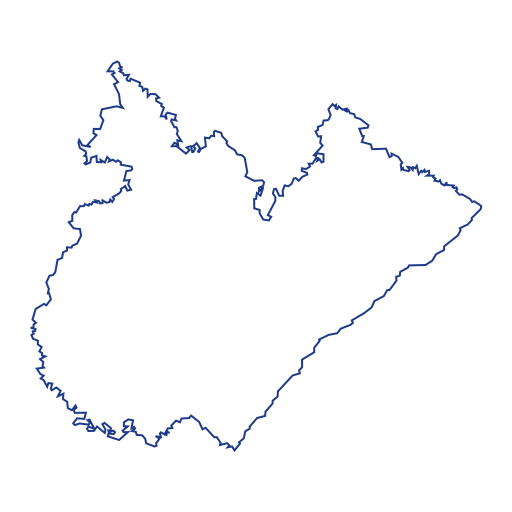 outline of O.R.Tambo, Eastern Cape, South Africa
{"feature_id": "47623444B2401151093158", "entity_name": "O.R.Tambo", "entity_type": "district", "adm_level": 2, "iso_a3": "ZAF", "parent_name": "South Africa", "parent_adm1": "Eastern Cape", "projection": "albers", "projection_center": [29.004, -31.416], "detail": "fine", "context": "isolated", "style": "outline", "palette": "blue", "viewbox_px": 512, "rotation_deg": 0, "n_neighbors": 0, "source": "geoboundaries", "source_scale": "gbopen_adm2", "svg_char_len": 5976}
<svg xmlns="http://www.w3.org/2000/svg" viewBox="0 0 512 512"><path d="M117.1,61.6L112.9,63.6L107.6,71.3L113.3,71.4L114.5,73.0L111.9,74.5L118.0,82.1L114.1,84.2L119.0,94.1L120.2,104.2L122.8,107.9L116.6,106.3L101.9,109.3L100.3,115.7L103.4,120.2L100.1,129.1L93.8,128.9L93.4,133.3L96.5,135.1L87.4,145.1L90.7,147.0L82.2,145.3L79.2,139.9L78.4,142.4L79.8,147.9L85.7,151.5L86.2,153.8L84.3,155.8L86.4,156.4L87.0,161.2L84.5,163.3L85.7,164.4L90.3,162.5L91.2,157.7L96.5,155.9L96.8,162.0L101.2,162.3L100.6,159.9L104.8,162.5L107.2,157.0L109.8,159.5L109.0,161.4L112.9,159.7L116.0,161.8L117.7,160.3L120.9,162.3L120.7,164.7L131.5,166.6L132.3,168.9L130.9,170.5L126.4,171.0L124.0,180.6L129.5,180.1L128.2,184.4L131.1,189.7L127.3,190.6L125.2,186.0L120.8,189.1L121.2,191.1L119.0,193.5L112.7,197.1L114.1,199.0L112.2,201.9L110.3,199.5L109.4,202.0L106.4,202.7L102.6,200.4L102.5,203.1L100.0,203.4L98.9,201.1L95.4,200.4L96.7,202.5L93.0,201.7L91.5,204.6L89.3,203.9L88.7,205.6L84.8,204.1L83.9,206.1L80.0,206.2L76.1,212.5L74.4,212.0L72.2,215.2L72.4,220.8L68.8,222.2L73.6,228.3L80.0,229.1L81.0,235.8L77.1,243.6L72.3,245.7L71.6,247.6L66.9,247.3L67.1,250.5L63.0,252.3L62.1,257.9L57.5,259.9L55.3,272.0L53.0,275.0L49.5,275.7L46.3,282.5L48.9,289.0L47.8,293.3L49.1,293.2L50.9,299.3L46.3,305.3L44.0,303.9L35.6,309.0L32.5,319.6L36.0,322.8L33.7,324.3L33.5,327.3L30.7,327.9L35.5,329.0L35.2,330.9L32.8,331.4L33.7,333.8L31.4,335.0L33.1,338.8L37.9,340.7L37.8,344.4L41.6,347.0L39.4,351.4L42.0,353.0L42.0,355.4L45.3,356.4L40.1,359.1L43.3,362.0L42.6,366.1L44.0,367.6L36.8,368.6L40.2,373.9L43.6,375.7L40.7,378.5L43.6,380.1L47.2,386.7L48.4,383.1L52.3,383.6L50.8,388.6L51.8,390.3L56.3,387.5L60.6,390.8L57.9,396.3L63.4,393.7L63.0,399.1L67.2,401.8L67.8,408.1L71.9,410.2L75.5,405.5L76.5,407.7L73.7,410.1L74.8,412.9L85.9,412.7L84.3,418.9L77.1,418.3L73.2,423.4L74.8,425.1L79.6,423.5L88.8,424.6L90.0,422.6L87.5,420.2L89.6,419.6L94.1,428.6L88.3,426.6L87.0,428.8L88.4,431.0L93.9,430.9L97.0,426.5L104.8,432.9L105.5,429.6L102.4,424.2L104.5,422.9L111.0,428.2L110.5,430.6L108.3,430.5L108.8,432.2L113.3,430.6L115.0,432.1L113.7,434.1L108.6,433.5L107.8,436.3L119.1,440.0L127.9,432.1L123.7,432.2L122.6,430.7L127.7,426.4L123.9,426.2L123.9,422.3L128.3,419.4L133.0,420.3L131.5,428.5L134.1,427.0L135.1,428.5L132.0,431.1L135.8,431.8L136.7,434.9L142.2,435.3L145.2,438.8L146.2,443.3L154.6,446.5L156.6,445.7L156.1,443.3L159.5,438.6L155.6,436.2L161.0,437.1L159.9,433.5L161.0,432.3L164.3,434.4L165.4,432.6L166.4,435.8L166.9,431.8L169.6,433.0L166.3,431.1L167.8,428.5L172.3,428.0L171.3,425.5L176.2,420.6L179.9,422.3L181.5,418.5L189.2,418.0L191.1,415.6L199.1,421.9L202.5,429.2L205.6,427.8L214.2,437.2L216.9,437.2L220.6,442.9L220.0,445.0L227.3,443.2L229.3,445.5L227.8,447.3L232.0,446.4L234.5,450.4L240.0,443.6L239.0,442.4L243.8,438.3L245.3,431.3L249.7,428.7L249.7,426.6L257.1,418.0L265.1,415.9L265.5,411.7L272.5,403.6L272.7,400.6L277.6,396.7L277.9,391.4L292.6,375.5L299.8,373.3L299.1,370.4L302.1,367.3L302.1,359.6L314.1,352.3L314.2,347.8L319.7,340.8L319.1,339.5L328.6,334.9L337.3,333.2L340.7,328.7L350.7,324.8L352.9,322.7L351.8,320.4L364.2,313.1L371.6,307.4L374.4,301.1L383.9,296.0L387.2,290.2L389.6,289.9L396.5,280.6L396.2,276.8L399.8,275.6L400.2,271.8L407.8,267.7L409.1,265.4L425.5,265.0L432.2,260.7L436.2,254.1L444.1,250.0L444.1,246.4L457.8,235.5L460.6,230.3L459.8,228.2L467.6,224.6L471.9,220.0L471.6,218.1L480.7,209.1L481.3,206.2L479.2,204.5L474.2,201.3L472.1,201.9L470.1,199.0L462.2,194.4L459.4,194.7L455.8,190.8L457.2,189.4L456.5,187.4L454.1,188.1L452.6,187.3L453.7,185.6L446.4,184.9L446.7,182.3L444.5,185.4L441.2,183.6L440.0,180.2L438.7,181.5L434.5,180.7L435.6,178.6L433.1,177.3L433.7,175.7L426.9,175.7L429.2,174.1L429.0,170.8L424.9,171.9L424.5,169.9L422.3,172.2L421.2,170.8L418.7,174.1L416.8,165.8L415.3,168.2L413.1,167.2L412.7,169.9L410.8,167.4L407.6,166.9L409.7,170.0L408.6,171.2L403.4,169.9L402.9,168.0L401.4,169.6L400.7,164.5L402.3,162.9L398.4,157.0L391.6,153.6L391.6,156.1L389.5,157.1L386.0,148.7L372.2,149.2L370.8,144.4L361.8,142.0L363.8,136.1L362.2,136.0L359.3,128.7L367.7,127.7L368.5,125.4L360.3,119.0L355.3,117.4L354.1,114.1L350.0,113.2L348.5,110.2L347.0,111.6L345.1,110.5L347.6,108.3L342.4,109.7L338.7,106.3L337.4,109.0L335.7,108.2L336.0,104.9L334.4,106.0L332.6,104.1L328.4,109.2L330.6,115.0L329.4,118.2L327.8,120.2L323.6,120.5L322.6,125.0L317.8,127.0L318.1,129.8L315.5,131.4L318.1,136.5L321.1,136.2L320.2,142.8L322.6,145.6L313.9,155.3L315.9,155.9L316.7,153.3L323.5,154.2L323.5,161.7L321.5,162.4L319.7,159.2L317.2,160.8L318.1,158.1L316.3,157.6L312.5,163.7L308.7,163.7L310.1,166.4L306.2,169.0L301.9,168.3L301.7,170.8L306.9,172.8L307.3,174.6L302.3,176.8L298.7,180.8L295.8,178.1L293.8,178.5L291.6,183.9L288.2,186.3L284.7,185.4L282.7,190.8L283.1,195.8L279.2,195.7L276.0,188.8L274.0,189.1L272.9,193.5L275.4,197.1L275.3,201.0L267.8,215.1L271.2,216.8L268.9,220.4L263.3,219.6L259.7,213.4L259.6,209.9L254.3,208.4L254.1,199.1L256.0,198.9L256.9,193.0L260.5,195.6L263.3,187.2L258.9,191.6L259.1,187.7L263.2,185.8L264.1,182.2L262.1,180.3L254.2,180.8L245.4,176.3L247.3,172.1L244.7,157.8L241.9,155.2L237.2,154.4L234.9,150.3L228.3,146.0L226.4,143.1L227.2,141.5L222.2,136.2L221.3,132.9L215.1,130.8L213.8,132.0L214.1,136.1L211.2,135.7L209.3,138.3L204.9,137.6L205.9,146.4L200.8,148.9L199.0,152.1L198.0,151.6L199.9,148.0L196.7,143.2L193.0,146.2L195.3,148.3L193.4,151.9L192.3,152.1L191.1,146.3L189.5,146.4L186.7,147.5L189.6,150.0L186.0,153.6L176.6,146.2L171.9,146.2L174.4,142.7L178.1,145.0L177.3,140.3L181.4,141.2L176.8,133.9L177.8,131.0L176.5,127.2L174.4,127.2L171.1,121.0L171.6,119.4L176.1,120.4L175.0,118.7L175.9,115.0L167.6,112.6L165.7,114.5L166.7,119.4L164.5,116.4L160.8,116.3L163.9,107.6L161.2,106.0L161.8,104.0L156.4,101.1L156.0,98.5L159.1,97.7L155.5,94.2L150.4,94.0L147.7,96.8L147.5,89.4L145.2,88.6L143.1,90.8L142.2,86.8L139.4,85.9L140.1,82.7L130.6,78.7L129.8,81.1L127.3,80.5L126.5,78.9L128.9,74.8L123.9,75.3L123.4,73.3L119.7,71.4L121.7,70.0L119.3,68.4L122.6,66.9L120.5,67.3L119.0,62.7L117.1,61.6Z" fill="none" stroke="#1e3a8a" stroke-width="2"/></svg>